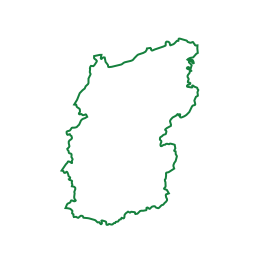 an SVG outline of Penza, rotated 106°
{"feature_id": "RUS-2373", "entity_name": "Penza", "entity_type": "Region", "adm_level": 1, "iso_a3": "RUS", "parent_name": "Russia", "parent_adm1": "", "projection": "mercator", "projection_center": [44.677, 53.167], "detail": "fine", "context": "isolated", "style": "outline", "palette": "green", "viewbox_px": 256, "rotation_deg": 106, "n_neighbors": 0, "source": "natural_earth", "source_scale": "10m", "svg_char_len": 5763}
<svg xmlns="http://www.w3.org/2000/svg" viewBox="0 0 256 256"><g transform="rotate(106 128 128)"><path d="M28.6,103.9L28.1,103.7L27.8,102.9L27.8,96.0L28.0,95.3L28.7,94.5L28.8,94.2L28.9,91.8L28.6,90.9L27.6,89.7L27.5,89.3L27.8,88.7L28.6,88.0L29.1,87.1L29.9,86.4L30.0,85.5L29.4,84.0L32.4,83.3L36.6,81.6L37.9,82.8L41.9,84.7L42.3,85.1L43.2,87.0L43.7,87.8L45.0,89.2L45.9,89.7L46.1,89.0L45.0,86.0L44.9,84.8L45.2,84.2L46.6,83.1L47.5,82.7L47.7,82.9L47.8,83.2L47.7,83.6L46.7,85.0L46.3,86.0L46.6,86.8L47.5,87.7L48.1,87.5L49.8,84.4L50.2,84.1L53.5,84.1L53.8,84.3L53.8,84.6L52.9,86.1L52.8,86.8L53.3,87.6L54.2,87.9L54.7,87.4L55.2,83.6L55.4,83.0L55.6,82.9L56.7,84.1L58.5,84.1L60.2,84.9L61.6,85.1L62.5,84.8L64.0,83.3L64.5,83.1L66.3,83.3L67.4,83.1L67.6,82.8L67.4,81.3L67.5,80.9L67.7,80.5L68.1,80.4L68.4,80.4L69.0,80.8L70.2,82.5L71.2,82.9L71.6,82.8L71.9,82.5L72.0,82.2L71.5,78.1L71.2,77.5L69.6,77.9L69.4,77.7L69.3,77.3L70.0,75.3L70.2,72.9L70.4,72.5L71.5,71.8L71.8,71.2L72.1,70.9L74.5,71.1L77.2,69.9L77.7,69.8L78.0,69.9L78.8,70.8L79.4,71.3L82.4,71.7L83.6,71.7L84.2,71.2L86.6,69.9L87.5,70.1L88.4,71.7L89.5,72.4L95.8,73.5L99.4,75.5L101.1,77.0L102.3,78.4L103.1,79.5L103.3,80.2L103.3,80.6L102.9,81.1L102.6,81.3L100.6,81.6L100.5,81.9L101.5,82.4L101.8,82.7L101.9,82.9L101.1,83.5L100.9,83.8L101.0,84.2L103.0,85.3L105.6,88.0L107.8,89.1L109.2,89.5L110.1,89.4L113.1,87.5L114.2,87.4L117.3,90.6L118.9,91.7L119.4,91.8L119.7,91.6L120.1,90.6L120.8,90.1L123.1,90.0L123.6,90.2L124.5,91.6L125.2,92.3L126.6,93.1L127.9,94.3L128.8,94.5L130.4,94.1L131.3,92.5L132.2,92.1L134.3,92.3L135.5,92.1L136.3,91.5L136.3,91.1L136.0,90.5L134.7,89.4L134.3,88.9L133.8,87.7L132.8,87.0L132.6,86.6L132.4,86.0L132.3,84.2L132.1,83.8L131.5,83.4L131.3,82.7L131.2,79.8L131.3,78.5L134.5,76.9L136.6,77.3L137.1,77.3L137.3,77.0L137.3,76.3L137.4,75.8L140.0,74.9L141.3,73.5L141.8,73.2L146.6,73.1L148.9,73.9L151.2,74.1L152.2,73.8L154.3,72.4L159.3,76.8L160.3,78.7L161.0,79.0L163.1,78.3L166.2,77.8L166.7,77.9L167.4,78.3L168.7,77.9L169.7,77.1L173.6,75.8L174.3,75.8L175.7,76.5L176.4,76.6L176.7,76.0L176.7,74.9L176.9,73.5L179.6,70.7L181.2,73.0L182.1,73.2L184.0,72.3L185.6,70.9L186.4,70.6L186.9,70.6L188.4,71.1L189.9,72.1L191.8,72.9L192.2,73.2L192.7,74.1L193.4,74.7L195.9,76.0L196.6,76.6L196.8,77.3L196.8,78.8L196.6,79.5L196.0,80.3L195.9,80.6L196.0,81.4L196.6,82.6L197.1,83.3L199.7,84.8L199.8,85.2L199.1,87.0L199.1,87.4L199.3,87.8L199.9,88.2L201.3,87.7L202.0,87.9L203.4,90.7L203.9,92.5L204.5,93.5L207.7,95.3L208.6,97.1L208.4,97.5L207.5,97.9L207.2,98.1L207.1,98.4L207.6,101.6L207.8,102.0L208.6,102.5L208.8,102.9L208.4,104.9L210.6,106.6L212.0,107.2L212.8,107.3L214.6,106.9L215.6,107.0L216.0,107.3L216.2,107.7L216.1,109.3L216.7,109.6L217.7,109.7L218.6,111.1L220.5,111.7L220.7,112.0L221.7,113.9L222.9,114.2L223.4,115.4L224.9,116.3L225.1,116.6L225.4,117.4L225.5,119.8L226.6,120.7L226.9,121.6L226.8,122.0L226.6,122.2L224.7,123.0L224.2,123.4L224.0,124.5L224.0,127.2L224.2,127.8L224.5,128.0L226.3,127.0L226.9,126.8L227.6,127.1L227.9,127.4L227.9,127.8L226.5,129.8L227.1,131.1L227.0,131.5L225.8,133.7L225.6,134.6L225.6,140.6L225.8,142.2L226.3,144.8L226.5,146.1L225.3,147.1L225.1,148.0L225.2,148.6L225.5,149.3L228.0,151.0L228.1,151.8L227.7,153.4L228.5,155.5L227.4,156.3L226.1,156.6L225.7,157.6L225.4,158.2L223.1,158.6L222.4,159.5L221.8,160.8L221.6,161.8L221.8,164.2L222.2,166.0L218.5,165.6L217.4,165.2L216.0,163.5L215.3,163.0L213.7,162.8L213.4,162.7L213.2,162.4L213.1,161.9L213.3,159.7L213.1,159.1L212.7,158.5L212.3,158.3L212.0,158.3L211.0,159.7L210.5,160.1L209.3,160.7L205.5,161.3L204.3,162.0L201.2,161.8L200.0,162.3L199.5,163.2L199.3,164.0L199.5,165.9L197.5,166.0L196.4,166.9L194.5,167.1L194.3,167.3L194.1,167.7L194.0,170.1L193.5,170.7L192.6,169.9L191.7,169.9L191.4,170.1L190.7,171.7L190.4,172.0L189.2,172.6L187.5,173.9L187.1,174.4L187.0,174.8L187.1,175.1L188.3,175.9L188.6,176.5L188.6,176.9L188.5,177.2L187.3,178.2L187.2,178.5L187.3,180.1L180.0,177.7L178.1,176.7L176.9,176.5L176.5,175.8L176.6,174.5L177.2,172.7L177.1,172.3L176.5,172.3L175.3,172.9L173.5,172.6L172.9,172.9L171.5,174.4L169.4,174.8L168.7,175.2L168.4,175.8L168.4,177.5L168.2,177.9L167.8,178.2L166.5,178.8L165.6,180.1L164.8,180.6L162.9,179.5L161.6,179.3L158.9,180.8L157.3,181.2L156.1,180.8L154.4,179.5L153.6,179.1L152.8,179.2L151.4,180.1L151.2,180.3L151.0,181.3L150.0,182.2L150.2,182.7L151.2,184.0L151.1,184.5L150.7,185.0L149.6,185.7L148.4,185.9L147.7,185.2L146.7,183.5L146.1,183.0L143.4,182.1L143.0,181.5L142.6,180.0L141.8,178.3L140.9,177.3L139.9,176.9L138.3,175.9L134.0,175.3L132.6,174.7L131.5,173.7L130.4,172.1L128.5,170.3L126.7,171.9L126.6,172.4L127.7,174.0L128.0,174.7L128.1,175.3L127.4,176.5L127.6,177.1L128.0,177.8L128.2,178.4L128.1,178.8L127.9,179.1L127.2,179.2L126.2,178.7L125.4,178.7L123.3,179.5L122.7,180.4L122.1,182.4L121.6,183.2L119.9,184.2L119.8,184.5L120.2,185.3L120.3,186.2L114.9,184.7L107.8,184.0L104.2,182.1L102.0,180.5L99.6,180.2L96.7,178.5L95.6,178.4L91.4,179.6L86.8,178.8L86.2,179.0L85.1,180.0L84.5,180.2L81.6,180.7L81.4,181.0L81.0,181.1L79.5,181.1L78.5,180.7L78.1,178.4L77.5,178.0L76.5,177.5L72.9,176.4L72.2,176.4L71.3,177.5L70.7,179.2L70.1,179.9L68.2,180.4L65.4,175.1L65.0,173.7L67.7,173.5L68.6,173.3L68.9,172.9L69.0,172.7L68.9,172.5L67.7,171.8L67.0,171.2L66.7,170.4L66.7,169.8L70.6,167.8L72.6,165.1L73.1,164.6L74.4,164.0L74.7,163.7L74.7,163.0L73.6,160.4L68.9,152.1L68.3,151.4L66.5,150.1L65.6,149.0L62.7,143.8L61.7,142.5L61.1,142.0L58.7,140.9L55.6,139.2L54.6,138.4L51.6,134.0L49.8,132.2L47.8,131.6L46.3,131.7L44.9,128.6L45.3,127.8L46.0,127.6L46.6,127.1L46.9,126.5L46.7,125.8L45.1,123.9L39.9,116.4L38.5,114.7L37.7,114.6L37.0,115.0L35.4,115.2L34.9,115.1L34.3,114.6L34.0,113.2L34.3,112.1L34.7,111.5L36.6,110.4L36.8,110.1L36.7,109.8L34.9,107.4L33.8,106.6L31.1,105.2L30.7,104.9L30.5,103.9L30.3,103.6L28.6,103.9Z" fill="none" stroke="#15803d" stroke-width="2"/></g></svg>